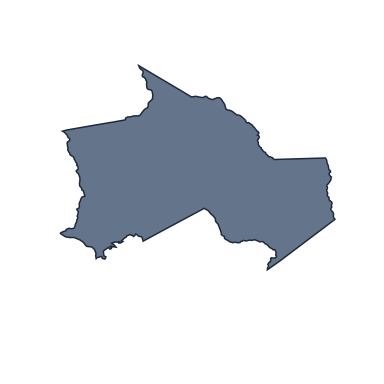 Bujari, Acre, Brazil, rotated 112°
{"feature_id": "56859067B53260262834359", "entity_name": "Bujari", "entity_type": "district", "adm_level": 2, "iso_a3": "BRA", "parent_name": "Brazil", "parent_adm1": "Acre", "projection": "equal_earth", "projection_center": [-68.148, -9.602], "detail": "fine", "context": "isolated", "style": "filled", "palette": "slate", "viewbox_px": 384, "rotation_deg": 112, "n_neighbors": 0, "source": "geoboundaries", "source_scale": "gbopen_adm2", "svg_char_len": 5605}
<svg xmlns="http://www.w3.org/2000/svg" viewBox="0 0 384 384"><g transform="rotate(112 192 192)"><path d="M235.9,93.0L223.8,85.2L221.1,83.5L218.9,82.2L163.8,49.2L163.1,50.4L162.3,51.4L161.3,52.0L160.1,52.2L158.7,52.9L157.7,54.2L157.1,55.4L156.5,56.6L155.3,57.1L154.1,56.7L153.0,57.1L152.3,57.7L151.2,57.8L149.8,58.0L149.0,58.7L148.7,59.7L148.2,61.5L147.3,62.4L146.2,62.6L145.6,63.4L144.8,65.0L143.8,65.6L142.6,65.6L141.9,66.0L140.9,67.2L139.7,67.9L138.5,67.7L136.8,68.3L135.7,69.5L134.7,69.4L133.4,68.8L132.2,68.5L130.9,68.2L129.9,67.9L128.6,67.8L127.5,68.2L125.9,68.4L125.5,69.5L125.1,70.5L124.1,71.5L123.1,71.9L121.6,71.0L120.5,71.7L120.2,72.9L119.5,73.8L118.4,74.5L117.0,75.2L115.9,76.1L115.0,77.2L113.9,78.0L112.3,78.9L111.2,79.9L110.5,81.1L114.0,89.1L131.1,128.0L130.6,129.1L130.1,130.2L130.1,131.3L130.1,132.5L130.5,134.1L129.7,135.6L129.2,137.0L128.7,138.0L127.8,138.7L127.8,140.3L127.5,141.4L126.6,142.3L126.2,143.7L125.0,144.4L124.8,145.9L123.7,147.6L122.6,148.6L121.8,148.8L120.9,149.4L120.1,150.3L119.2,150.8L118.0,150.3L117.0,150.2L115.9,150.1L114.9,151.1L114.8,152.7L113.7,152.3L112.4,152.0L111.3,153.2L111.2,154.5L110.4,155.7L109.7,157.3L108.7,158.4L108.6,159.8L107.5,160.8L107.2,162.2L106.8,163.9L106.4,165.5L107.2,166.6L106.8,168.1L105.6,169.1L105.0,170.4L104.6,171.6L104.1,172.7L103.3,175.1L103.1,176.8L103.4,178.2L103.8,179.4L103.3,181.0L102.8,182.9L102.3,184.3L102.1,186.0L102.1,187.9L102.7,189.5L102.3,191.7L101.0,192.6L100.3,193.4L99.0,194.1L98.0,195.2L97.0,196.8L95.8,198.4L95.1,199.5L94.4,201.0L94.5,202.5L95.0,203.5L95.6,204.6L96.5,205.1L97.1,206.3L98.2,206.9L98.8,208.2L98.8,209.6L99.0,211.3L98.6,212.9L98.0,214.2L98.3,215.5L99.1,216.2L100.2,217.0L100.8,218.8L101.1,220.3L101.5,222.2L101.8,224.2L103.0,226.4L104.1,227.9L102.3,239.2L96.0,280.8L94.8,288.7L96.1,287.5L96.9,286.6L97.5,285.1L97.8,283.3L98.8,282.3L100.1,281.9L101.8,282.0L103.2,281.5L103.7,280.5L103.7,279.0L104.6,277.4L105.6,276.6L106.4,275.6L107.1,275.0L108.4,274.8L110.0,274.1L111.5,273.3L112.5,272.7L113.2,271.4L113.2,270.1L112.6,268.5L113.1,267.5L113.7,266.6L114.7,266.0L115.9,265.2L117.0,264.6L117.8,264.2L118.7,264.1L119.7,263.9L120.6,263.4L121.7,264.0L123.0,264.5L124.3,265.2L125.1,265.6L126.1,265.8L127.0,265.6L128.3,264.8L129.4,264.8L130.4,265.0L131.6,265.6L132.4,266.4L133.3,267.0L135.1,267.6L136.0,267.8L137.1,268.2L139.1,268.6L140.5,269.1L141.7,270.5L142.4,272.5L142.8,273.5L143.5,274.9L144.7,276.3L145.4,277.3L145.9,278.3L146.6,279.8L147.9,281.0L148.8,281.2L149.7,280.7L150.7,281.7L151.4,282.9L156.5,291.0L160.4,297.4L165.5,305.7L178.8,327.1L179.4,328.0L180.7,330.2L181.4,331.3L184.1,334.8L184.2,333.7L184.6,332.0L185.5,330.5L186.0,329.0L187.3,328.0L187.9,327.2L188.4,325.4L189.9,324.8L191.4,325.5L192.5,326.3L193.9,325.9L195.5,324.9L196.7,324.3L197.4,323.6L198.2,323.3L199.5,323.0L200.9,321.4L201.8,320.0L203.1,319.0L203.6,317.2L203.7,315.6L204.4,314.3L205.5,313.7L206.5,312.2L207.6,311.3L208.3,310.1L209.1,309.0L210.4,308.9L211.1,307.4L211.8,306.9L212.6,306.4L213.6,306.1L214.7,306.8L215.8,307.3L216.9,306.2L217.5,304.5L218.3,303.3L219.5,302.4L220.7,301.4L221.7,300.9L222.8,300.4L224.3,300.0L225.3,299.8L226.8,299.3L228.5,298.3L229.5,296.3L230.6,295.3L231.4,294.8L231.9,292.8L232.9,292.1L233.7,291.5L236.0,289.8L237.3,291.4L238.0,292.2L239.0,292.3L240.3,292.4L241.4,292.3L242.5,292.2L244.0,292.4L245.4,292.1L246.8,291.4L248.1,290.8L249.2,290.8L250.1,291.6L251.1,292.4L252.0,291.4L252.7,290.1L253.8,289.7L254.9,289.7L256.0,289.4L257.4,289.5L258.0,288.6L259.1,288.1L260.8,288.3L262.1,288.1L264.0,287.8L265.6,288.1L266.7,287.8L267.9,287.6L269.5,287.8L270.8,289.1L271.3,290.4L271.5,291.6L271.9,292.7L272.6,293.5L273.9,294.6L275.4,294.6L276.6,296.2L277.7,297.1L278.5,298.1L279.5,298.6L280.1,297.4L280.9,292.1L280.5,290.3L279.7,287.4L279.1,286.2L278.4,284.3L278.4,283.1L278.4,279.0L278.5,277.6L278.8,276.3L279.2,274.5L279.6,273.4L280.6,271.8L281.8,269.7L281.6,268.1L281.1,266.5L280.5,264.3L281.7,261.1L282.7,260.0L285.1,257.9L286.1,257.7L287.3,257.4L289.6,255.9L288.4,255.5L287.1,253.5L286.3,253.0L285.7,251.7L287.2,250.2L286.9,247.7L285.5,247.4L284.4,247.5L284.1,249.8L280.2,252.0L279.0,251.5L274.7,248.7L275.7,246.9L274.8,245.7L273.7,245.6L273.3,247.3L272.4,246.9L272.5,245.3L272.0,243.6L271.6,241.9L270.1,244.7L269.6,247.3L268.2,245.9L267.1,244.3L266.2,241.6L266.8,240.7L266.1,239.4L265.4,240.4L265.2,238.7L263.8,237.4L263.4,239.0L259.3,236.9L258.2,236.0L257.0,236.0L254.7,233.5L254.8,232.3L254.5,231.2L255.2,229.6L253.7,228.7L252.1,228.4L252.2,226.8L253.0,225.1L252.4,221.7L255.9,218.9L239.9,205.7L236.9,203.2L231.1,198.4L229.6,197.1L225.4,193.6L223.1,191.7L202.5,174.5L202.8,173.3L203.0,171.7L203.1,170.3L203.7,169.0L204.8,167.3L205.5,165.6L205.9,164.1L206.7,162.7L207.5,161.0L208.5,160.1L209.4,159.7L210.5,158.9L211.2,157.7L211.8,156.2L212.5,155.4L213.2,154.7L214.0,153.8L214.9,153.2L215.9,152.2L216.8,151.3L217.8,150.5L219.0,149.5L220.2,149.1L221.0,147.6L221.0,146.4L221.1,145.2L222.1,144.9L222.9,144.4L223.3,142.9L223.5,140.6L224.0,138.4L223.9,137.0L223.8,135.4L223.0,134.2L222.3,132.8L221.8,130.1L220.8,128.5L219.3,128.0L218.8,126.9L217.7,126.3L217.3,124.3L216.7,122.8L215.3,121.1L214.8,119.5L214.4,118.5L213.8,117.5L212.7,115.9L212.8,114.3L212.7,113.2L212.8,111.8L212.9,110.3L212.3,109.6L211.7,108.7L211.6,107.4L212.0,106.1L212.6,104.5L212.8,102.0L213.9,100.3L214.5,98.3L214.6,96.6L215.2,95.2L214.4,93.5L215.4,92.6L216.7,91.3L217.9,91.0L219.1,90.8L219.6,89.8L220.9,89.4L221.8,90.3L222.8,91.6L223.2,93.8L224.3,94.2L225.2,93.5L226.3,93.5L227.2,93.2L228.5,94.3L229.4,94.3L230.6,94.6L231.7,93.5L232.6,93.2L233.9,93.5L235.0,93.3L235.9,93.0Z" fill="#64748b" stroke="#1e293b" stroke-width="1.5"/></g></svg>